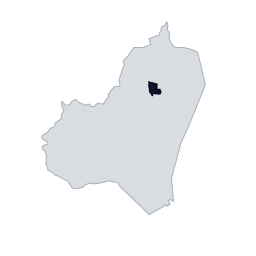 Al-Rumaitha, Al-Muthannia, Iraq shown in context, rotated 252°
{"feature_id": "34846034B72933378732296", "entity_name": "Al-Rumaitha", "entity_type": "district", "adm_level": 2, "iso_a3": "IRQ", "parent_name": "Iraq", "parent_adm1": "Al-Muthannia", "projection": "albers", "projection_center": [45.302, 31.497], "detail": "fine", "context": "in_parent", "style": "filled", "palette": "ink", "viewbox_px": 256, "rotation_deg": 252, "n_neighbors": 0, "source": "geoboundaries", "source_scale": "gbopen_adm2", "svg_char_len": 4708}
<svg xmlns="http://www.w3.org/2000/svg" viewBox="0 0 256 256"><g transform="rotate(252 128 128)"><path d="M105.6,43.9L107.3,43.5L110.5,41.0L112.4,38.7L112.9,38.5L114.5,39.3L115.7,39.5L118.4,38.7L120.0,39.2L121.3,39.8L122.1,39.9L125.6,41.4L126.5,41.6L128.4,41.9L131.2,42.0L133.0,41.0L134.2,40.1L135.1,40.1L136.0,40.4L136.7,40.8L137.3,41.5L137.6,42.5L137.4,45.7L137.7,46.6L138.2,47.2L138.8,47.3L139.6,46.6L140.9,45.6L142.5,44.5L143.7,43.5L144.4,43.1L145.5,43.2L146.6,43.4L147.2,43.9L147.2,44.0L147.7,45.5L149.1,51.2L149.9,51.9L150.9,52.6L151.5,53.4L151.8,54.2L151.7,55.6L151.7,57.1L152.1,58.3L152.6,59.2L153.1,59.6L153.9,59.6L154.8,59.9L155.4,60.7L157.3,67.2L157.5,68.1L158.3,68.3L159.6,68.2L161.0,68.9L162.4,69.9L163.8,71.9L164.7,72.2L167.6,71.9L171.6,72.2L173.4,73.2L173.3,73.8L171.8,74.5L169.3,75.4L168.6,76.8L168.2,78.6L168.3,79.6L168.9,80.7L170.7,82.9L170.8,83.7L171.1,84.8L171.5,85.6L171.1,87.1L169.5,88.1L167.4,89.2L163.1,94.2L162.8,95.3L162.8,98.2L162.4,99.0L161.0,99.0L160.0,98.9L159.9,99.9L159.2,101.2L158.8,102.4L160.4,105.2L160.7,106.7L160.5,108.1L159.0,110.4L158.1,112.0L158.3,112.3L159.5,113.0L163.1,118.1L164.3,119.9L165.8,119.4L166.3,119.4L166.8,119.7L167.1,120.3L167.1,121.1L166.7,122.3L168.6,122.7L169.3,123.9L171.6,127.9L171.6,129.1L170.5,131.0L170.5,132.2L170.7,133.4L171.1,133.7L174.4,133.9L175.9,134.3L179.4,136.3L183.4,139.4L186.7,141.9L189.5,144.1L192.5,143.9L193.3,144.3L194.0,144.9L194.9,146.7L196.7,150.8L198.2,152.1L200.5,155.3L202.7,158.3L201.4,162.5L200.1,166.8L200.2,172.4L200.3,175.4L203.2,175.5L206.4,175.5L206.5,179.1L206.7,182.7L206.8,186.8L207.7,187.0L209.3,187.8L210.0,189.1L210.8,189.8L211.8,189.9L212.8,190.6L213.7,191.7L214.1,192.6L213.9,193.2L214.1,194.3L214.8,195.8L215.7,196.5L217.0,197.4L215.3,198.0L213.4,197.6L209.4,195.9L208.1,195.9L206.4,196.6L206.4,197.2L202.1,195.3L200.6,194.9L200.1,194.9L197.7,195.0L194.2,195.4L192.2,196.3L190.9,197.2L190.2,198.0L190.0,198.5L189.0,201.0L187.8,204.3L186.5,207.2L184.0,211.3L182.6,213.2L179.6,216.8L176.3,217.5L168.6,216.9L160.1,216.2L151.7,215.4L145.4,214.8L144.9,214.6L138.8,209.6L133.9,205.5L127.9,200.5L121.7,195.4L115.6,190.1L111.1,186.3L105.7,181.4L100.8,176.9L96.9,173.3L91.9,170.2L88.1,167.7L82.5,164.1L78.0,161.1L74.1,158.6L68.3,154.8L66.3,153.7L60.1,152.2L54.3,150.9L48.2,149.5L44.2,148.6L47.0,146.2L46.3,143.8L44.4,144.1L42.5,144.6L41.7,140.9L43.1,140.6L42.1,135.8L41.0,130.9L40.0,126.2L39.0,121.4L44.3,118.6L48.2,116.6L53.7,113.7L58.9,110.8L63.9,108.2L69.4,105.2L74.3,102.5L78.7,101.5L79.7,100.6L81.8,96.8L83.7,93.5L83.8,92.7L84.0,87.9L84.5,82.3L85.1,79.4L86.2,76.8L87.2,74.9L87.3,73.1L87.3,71.2L86.5,68.4L85.6,65.5L85.8,62.7L86.0,61.2L86.7,58.9L87.8,57.2L88.9,56.1L93.0,55.2L95.4,54.6L98.8,51.6L100.7,49.8L103.4,47.0L105.5,45.0L105.6,44.2L105.6,43.9Z" fill="#d9dde1" stroke="#a8b0b8" stroke-width="1"/><path d="M154.7,160.5L154.1,160.6L153.7,160.7L153.1,160.8L152.6,160.9L152.3,161.0L152.2,161.0L151.9,161.1L151.7,161.1L151.5,161.3L151.9,161.6L152.5,162.0L152.9,162.3L153.1,162.4L153.2,162.5L153.2,162.8L153.2,163.0L153.1,163.3L153.0,163.5L152.9,163.8L152.9,164.0L152.8,164.4L152.8,164.5L152.5,164.5L152.2,164.6L152.2,165.0L152.1,165.3L152.0,165.9L151.9,166.1L151.7,166.5L151.5,166.8L151.4,167.0L151.2,167.2L151.0,167.4L150.9,168.0L150.9,168.4L150.9,168.6L150.9,168.8L150.8,169.1L151.4,169.6L152.0,170.1L152.4,170.5L152.5,170.4L152.7,170.1L152.9,169.8L153.0,169.6L153.1,169.4L153.2,169.6L153.4,169.7L153.5,169.6L153.7,169.4L153.7,169.6L153.7,169.9L153.9,170.0L154.0,170.0L154.4,170.3L154.5,170.1L154.3,169.6L154.5,169.5L154.7,169.4L154.8,169.2L154.9,169.3L155.1,169.4L155.3,169.2L155.3,168.8L155.1,168.4L154.8,168.2L154.7,167.9L154.9,167.7L155.1,167.6L155.3,167.4L155.5,167.2L155.8,166.8L156.0,166.9L156.3,166.8L156.4,167.1L156.5,167.3L156.7,167.5L156.9,167.7L157.1,167.7L157.4,167.6L157.6,167.8L157.9,168.0L158.2,168.1L158.6,168.1L158.9,168.1L159.2,168.1L159.5,168.3L159.7,168.5L159.8,168.7L160.1,168.8L160.4,169.0L160.5,169.1L160.8,168.7L161.0,168.4L161.1,168.2L161.3,167.9L161.5,167.7L161.9,167.2L162.1,166.9L162.3,166.6L162.6,166.1L162.8,165.9L162.9,165.6L163.1,165.3L163.4,165.0L163.6,164.6L163.8,164.2L164.0,163.9L164.2,163.6L164.4,163.3L164.5,163.1L164.7,162.8L164.8,162.6L165.1,162.2L164.6,162.1L164.1,161.9L163.7,161.8L163.3,161.6L163.1,161.5L162.9,161.5L162.6,161.4L162.4,161.3L162.2,161.2L161.9,161.1L161.6,161.1L161.2,160.9L160.9,160.9L160.5,160.8L160.3,160.8L160.0,160.7L159.7,160.7L159.4,160.7L159.2,160.7L158.9,160.7L158.7,160.7L158.3,160.5L158.0,160.4L157.9,160.4L157.6,160.3L157.3,160.2L157.0,160.2L156.9,160.2L156.6,160.1L156.4,160.1L156.2,160.1L155.8,160.0L155.6,160.0L155.3,160.0L155.3,160.3L155.1,160.4L154.9,160.5L154.7,160.5Z" fill="#0f172a" stroke="#020617" stroke-width="1.5"/></g></svg>